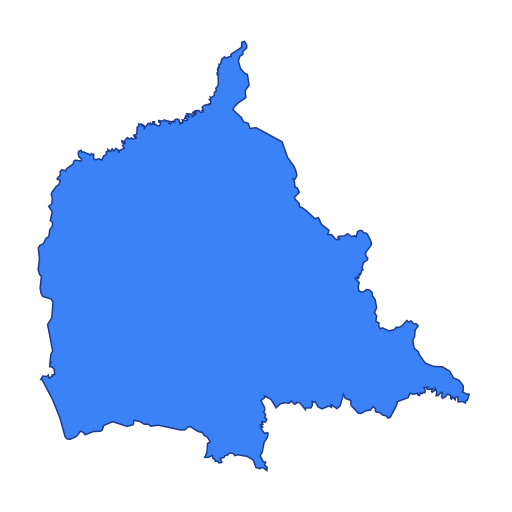 the district of Ambatomainty, Melaky, Madagascar, rotated 182°
{"feature_id": "10022922B59098628147577", "entity_name": "Ambatomainty", "entity_type": "district", "adm_level": 2, "iso_a3": "MDG", "parent_name": "Madagascar", "parent_adm1": "Melaky", "projection": "albers", "projection_center": [45.384, -17.814], "detail": "fine", "context": "isolated", "style": "filled", "palette": "blue", "viewbox_px": 512, "rotation_deg": 182, "n_neighbors": 0, "source": "geoboundaries", "source_scale": "gbopen_adm2", "svg_char_len": 6027}
<svg xmlns="http://www.w3.org/2000/svg" viewBox="0 0 512 512"><g transform="rotate(182 256 256)"><path d="M434.4,355.5L436.9,354.4L437.2,351.6L436.5,349.0L433.8,346.8L433.9,344.7L440.0,345.5L441.5,344.3L441.8,341.7L447.9,337.0L449.3,334.5L452.8,335.5L454.6,333.8L454.5,329.9L457.4,326.5L457.2,325.5L454.5,325.1L454.3,324.2L455.7,320.2L458.0,318.7L461.9,313.1L462.9,310.6L461.6,307.1L461.9,300.9L464.9,298.4L461.2,293.0L462.8,284.2L460.5,282.4L460.5,278.9L463.1,274.9L463.7,268.2L466.3,266.6L468.9,261.0L472.4,259.0L473.9,256.3L472.3,245.7L473.2,234.6L471.7,230.1L469.8,228.3L470.6,216.4L469.5,211.3L467.5,208.0L459.1,205.8L457.3,202.9L457.9,187.0L461.9,180.3L455.9,153.9L457.5,150.7L458.2,142.8L457.1,142.7L458.4,140.8L458.3,138.1L455.8,138.0L453.9,136.0L453.0,130.6L455.7,130.0L455.2,129.0L458.4,126.7L459.4,129.8L460.8,128.2L464.9,128.6L466.8,125.0L465.5,125.0L454.3,105.5L446.2,87.0L440.4,68.5L438.3,66.6L435.4,66.3L429.3,69.3L425.2,74.8L422.3,73.7L420.6,71.3L412.4,74.9L405.2,75.5L403.6,76.7L402.2,81.4L393.4,85.4L378.9,81.2L372.9,83.1L372.1,87.5L366.0,86.4L361.5,83.9L357.8,84.2L355.2,82.2L347.7,83.5L325.4,79.5L321.0,79.7L318.2,82.5L315.7,83.2L307.9,78.6L303.3,77.7L301.8,75.1L298.2,73.2L295.3,68.7L297.9,67.0L298.1,58.3L300.2,52.9L296.4,53.1L292.7,55.2L291.8,52.0L290.0,51.5L289.5,49.5L287.2,49.5L285.9,47.9L282.9,48.5L284.7,52.5L280.9,53.5L280.6,55.0L277.1,56.3L275.4,58.3L272.0,57.9L270.3,55.8L267.5,56.7L258.0,55.5L251.7,52.0L248.7,44.7L244.7,43.5L243.8,44.6L241.2,44.5L237.7,41.9L237.5,45.2L240.2,47.5L239.2,50.4L241.4,50.5L245.0,56.7L243.0,59.8L241.3,70.3L238.4,74.8L237.8,77.8L238.1,79.8L241.2,79.1L244.5,83.0L244.8,84.0L243.7,85.0L244.9,85.4L243.7,85.8L245.5,87.5L243.2,88.1L244.3,90.5L240.7,90.4L239.6,92.8L239.8,93.9L241.9,94.9L240.8,97.6L242.9,100.6L241.9,102.0L242.1,104.7L246.0,111.7L242.3,114.8L242.7,116.6L235.9,113.1L230.6,105.0L226.4,109.2L221.7,110.4L217.6,110.0L215.6,112.2L212.3,109.1L210.3,110.2L210.4,111.3L207.3,111.0L201.2,104.2L201.0,105.9L195.8,106.1L194.5,108.8L194.7,112.5L193.2,111.8L191.9,112.5L188.6,107.4L184.7,105.5L178.0,108.6L175.3,107.4L175.7,110.1L169.8,106.3L166.7,109.3L163.8,120.8L161.7,116.8L156.2,114.9L155.8,110.0L148.4,102.5L145.4,102.3L140.9,105.2L136.4,105.9L133.5,109.6L131.0,107.2L131.4,105.3L130.5,104.2L126.9,103.9L123.9,101.5L120.7,100.9L118.3,98.6L116.0,99.8L110.2,112.0L109.6,115.4L99.0,119.8L97.3,124.2L94.2,123.3L89.8,124.4L89.3,122.7L87.7,122.2L87.0,125.0L85.1,124.3L84.2,125.5L82.4,125.2L82.2,127.8L83.5,130.4L79.7,131.0L80.7,129.5L79.8,128.6L74.9,129.4L75.9,126.8L75.2,126.0L72.6,127.8L72.4,130.1L70.6,126.8L71.1,122.6L69.4,122.8L65.7,126.5L64.9,125.7L65.7,122.0L64.7,120.3L61.4,122.1L60.0,124.7L56.4,123.2L56.5,120.3L55.5,119.8L54.5,122.0L52.0,119.3L51.8,121.7L49.4,122.4L49.0,117.3L44.4,117.7L41.5,116.4L41.3,118.8L39.7,119.3L38.1,125.3L41.1,125.5L45.0,127.6L44.1,129.5L44.5,133.8L48.9,139.0L54.4,141.0L58.4,147.6L65.8,151.7L75.0,151.9L83.1,154.9L89.0,162.5L90.5,166.0L94.9,169.6L96.3,177.6L94.7,180.7L94.4,187.3L91.5,191.9L93.7,193.9L96.1,193.8L99.0,196.7L100.9,195.0L102.9,196.8L107.6,191.3L111.2,189.4L113.2,189.9L115.2,187.2L120.9,185.8L126.9,188.6L129.3,187.7L130.8,190.0L130.8,193.6L133.9,194.7L133.4,200.3L135.6,203.8L133.7,208.2L135.3,216.3L138.1,220.3L138.8,223.9L141.7,226.0L144.4,226.4L147.7,223.5L151.8,224.4L152.8,229.0L151.9,233.0L156.0,237.1L154.3,238.8L153.5,237.0L152.6,237.2L152.3,240.3L151.1,240.9L152.1,241.8L150.5,242.5L149.9,245.1L148.6,245.8L149.5,248.5L148.4,253.0L144.5,256.0L144.3,258.1L145.9,259.4L146.8,262.7L141.0,271.4L141.6,274.6L145.4,281.5L146.6,282.7L149.3,282.9L150.9,285.0L152.8,285.2L155.2,284.1L156.7,278.5L158.1,279.7L161.2,278.7L165.2,281.5L168.3,279.1L174.1,278.6L174.9,277.2L173.2,276.0L174.8,274.9L177.4,275.9L181.0,279.9L185.0,280.0L184.0,284.3L191.6,289.8L195.0,296.6L198.5,295.4L207.1,302.8L211.7,306.0L213.8,306.3L214.9,310.2L218.8,314.1L219.6,316.2L214.9,321.1L217.3,325.7L219.3,326.0L220.4,332.7L221.6,334.2L219.4,334.4L218.0,338.0L219.0,341.9L220.8,346.4L227.9,355.6L233.9,371.0L260.3,384.2L266.6,383.3L268.3,388.1L273.1,389.7L275.5,393.9L284.0,401.2L283.4,403.5L279.5,408.1L271.7,413.9L272.6,420.9L268.9,426.4L270.9,437.1L274.2,438.6L278.2,443.1L280.4,450.5L279.0,455.1L276.1,457.1L276.3,459.8L272.5,463.7L272.8,467.1L275.1,470.1L277.7,469.1L277.7,464.0L287.0,457.6L288.2,456.4L287.9,454.5L293.9,452.9L294.4,453.8L297.1,451.6L298.0,446.6L299.8,446.3L299.3,443.4L300.0,443.7L300.9,441.4L300.2,441.2L300.9,440.2L300.1,439.2L301.3,437.7L300.1,437.0L301.2,435.9L300.1,434.9L299.7,427.7L299.9,424.6L302.0,422.3L301.4,419.6L303.4,418.1L303.3,414.9L306.3,412.7L307.2,413.2L306.6,411.4L308.2,410.8L306.5,408.8L306.9,406.0L308.2,406.5L309.2,405.1L310.0,405.7L313.1,404.7L315.0,402.7L314.0,400.1L315.2,399.6L313.8,398.2L316.3,397.4L318.3,399.5L320.9,399.2L321.0,395.5L322.4,394.9L322.5,396.8L321.6,397.2L322.1,398.7L324.1,397.3L323.0,394.1L324.6,393.0L325.3,395.5L330.1,395.7L328.0,392.8L331.0,393.9L332.1,390.9L330.1,391.3L329.0,389.8L330.7,388.8L334.5,389.5L333.7,387.2L335.9,385.2L336.6,385.6L335.8,386.7L337.4,387.2L337.7,389.5L339.8,390.1L341.6,389.5L341.9,387.1L342.7,386.8L343.0,387.9L345.6,387.2L345.1,386.1L346.6,384.9L347.6,385.6L347.0,387.6L349.6,387.9L350.8,386.9L350.2,387.9L352.2,388.9L354.1,387.5L358.0,388.0L357.8,386.5L355.8,385.6L356.9,383.0L358.7,382.5L361.1,384.1L362.5,383.9L362.1,386.6L364.0,386.3L363.6,384.8L364.6,383.8L366.1,385.2L366.5,383.7L368.3,384.9L372.1,379.5L372.4,382.4L374.4,382.2L373.7,383.1L374.8,383.8L378.0,383.7L377.5,382.2L379.3,380.4L379.3,373.6L382.5,372.4L381.5,370.6L380.4,371.4L379.8,369.6L382.8,368.4L384.4,369.7L386.5,368.6L388.7,369.8L391.3,366.5L390.7,363.3L391.9,365.5L394.0,366.5L393.8,364.7L392.1,363.7L393.1,361.5L391.4,359.1L396.0,356.7L396.9,354.4L397.0,356.9L399.8,358.6L401.5,355.9L403.5,358.1L405.1,355.5L407.7,357.3L407.5,355.5L409.2,355.0L409.3,352.1L411.8,350.6L413.4,346.6L416.5,347.7L419.5,346.6L421.7,347.4L421.7,352.0L422.9,351.5L424.1,352.6L425.3,351.3L431.9,354.0L433.5,353.6L434.4,355.5Z" fill="#3b82f6" stroke="#1e3a8a" stroke-width="1.5"/></g></svg>